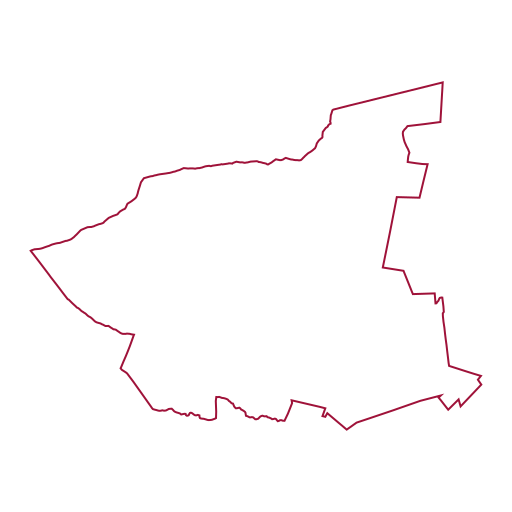 the district of Endebess, Rift Valley, Kenya
{"feature_id": "3690345B22392033475621", "entity_name": "Endebess", "entity_type": "district", "adm_level": 2, "iso_a3": "KEN", "parent_name": "Kenya", "parent_adm1": "Rift Valley", "projection": "albers", "projection_center": [34.736, 1.146], "detail": "fine", "context": "isolated", "style": "outline", "palette": "rose", "viewbox_px": 512, "rotation_deg": 0, "n_neighbors": 0, "source": "geoboundaries", "source_scale": "gbopen_adm2", "svg_char_len": 5917}
<svg xmlns="http://www.w3.org/2000/svg" viewBox="0 0 512 512"><path d="M440.4,122.0L441.8,98.1L442.0,94.6L442.2,91.6L442.7,82.4L438.8,83.4L437.5,83.7L429.1,85.8L349.4,105.5L333.3,109.6L332.4,110.3L331.6,112.9L331.3,113.9L330.8,115.2L330.5,119.1L330.3,120.4L330.1,121.5L330.5,122.4L330.6,123.7L329.4,124.2L328.1,125.5L327.8,126.5L327.0,127.2L325.8,127.9L322.8,131.9L322.4,135.7L322.5,137.0L322.0,137.9L320.9,138.6L318.8,140.5L316.8,143.4L316.0,146.2L315.5,147.3L315.0,148.3L314.1,149.0L313.1,149.9L312.1,150.7L311.1,151.4L310.1,152.1L309.3,152.5L308.0,153.3L304.8,156.2L304.1,157.0L303.3,157.7L302.5,158.6L301.8,159.3L300.8,160.1L299.1,160.4L297.9,160.2L296.5,160.1L295.3,160.1L293.8,159.9L292.7,159.6L291.4,159.5L290.3,159.3L285.8,157.9L284.3,158.6L283.4,159.3L282.5,159.7L281.2,160.1L279.6,160.1L275.9,159.3L272.9,161.4L271.8,162.3L270.6,163.0L269.3,163.7L268.3,164.4L267.3,164.4L266.3,163.7L264.5,163.2L262.9,162.9L261.4,162.4L260.0,162.1L258.7,162.0L257.7,161.4L256.7,161.2L250.7,161.6L249.1,162.0L247.7,162.4L246.6,162.5L245.6,162.7L244.2,162.8L242.8,162.4L241.3,162.3L240.2,162.4L238.6,162.1L236.4,161.7L233.1,162.9L232.3,163.6L231.0,163.4L229.0,163.3L228.0,163.6L224.0,164.2L222.4,164.4L221.4,164.2L220.2,164.6L218.6,164.8L212.4,165.7L211.2,166.1L210.2,166.1L209.2,165.8L206.2,166.2L205.2,166.4L203.4,167.0L202.1,167.5L200.7,167.8L199.5,168.1L198.3,168.1L196.3,168.4L195.1,168.7L193.9,168.5L192.4,168.4L191.3,168.4L189.8,168.4L188.7,168.5L187.7,168.5L186.1,168.3L183.7,168.1L181.0,169.3L179.9,169.9L178.9,170.2L177.8,170.5L176.8,170.8L175.9,171.2L174.7,171.6L173.3,171.8L172.2,172.2L171.1,172.5L169.6,172.9L168.0,173.1L166.9,173.3L165.7,173.5L159.8,174.3L157.8,174.7L156.4,175.1L154.3,175.5L152.6,176.1L151.5,176.2L150.3,176.4L143.9,178.2L141.0,182.2L140.6,183.4L140.1,185.1L139.7,186.4L138.5,190.1L137.9,192.3L137.7,193.4L137.3,194.5L136.9,195.7L136.4,196.8L135.9,197.6L135.2,198.3L134.4,199.0L132.7,200.3L131.8,201.0L130.6,201.8L127.5,203.7L126.8,205.1L126.2,206.6L125.8,207.5L124.8,208.9L123.1,209.6L120.1,211.4L118.5,213.0L117.9,213.9L117.1,214.5L115.7,215.0L114.3,215.5L113.3,215.8L108.7,217.9L104.4,221.6L103.6,222.6L102.8,223.1L101.7,223.5L100.4,223.9L98.9,224.2L95.0,225.7L93.8,226.3L92.6,226.6L91.3,227.0L90.1,227.0L87.5,227.2L81.2,229.9L80.3,230.6L76.5,234.6L75.6,235.4L74.6,236.4L73.6,237.4L72.8,237.9L71.6,238.9L70.5,239.5L69.5,239.9L68.3,240.3L66.9,240.8L65.6,240.9L61.2,242.4L60.1,242.8L59.0,243.0L57.9,243.1L56.7,243.3L55.4,243.6L52.1,244.5L50.7,245.1L49.0,245.9L47.6,246.3L46.7,246.6L44.4,247.4L42.6,248.1L40.8,248.6L39.2,248.9L34.5,249.3L31.6,250.3L30.7,250.8L39.0,261.5L49.0,274.7L50.5,276.8L57.4,285.7L60.6,289.9L62.7,292.7L67.7,299.2L68.7,299.6L69.8,300.7L71.2,302.1L72.2,303.1L74.8,305.5L75.8,306.4L76.8,307.5L78.2,308.1L79.5,309.1L80.8,310.4L81.6,311.1L83.1,312.0L84.2,312.8L85.3,313.4L86.2,314.2L87.2,315.2L88.0,315.9L88.9,316.5L89.8,316.9L90.9,317.6L92.4,318.9L93.9,320.4L95.1,321.5L96.5,322.3L98.1,322.8L99.6,323.2L100.7,323.5L101.5,324.1L102.9,324.6L104.3,325.4L105.4,326.0L107.0,326.0L108.5,325.9L109.6,326.7L110.7,327.5L111.7,328.1L112.6,328.7L113.5,329.3L114.7,329.4L116.0,329.8L117.7,331.1L118.7,331.7L119.6,332.4L120.9,333.2L122.4,333.8L124.1,333.9L125.6,333.9L126.9,333.6L128.0,333.7L129.6,333.8L131.4,334.3L134.0,334.7L133.5,335.9L132.2,339.6L129.7,346.5L127.2,352.8L125.5,356.9L125.0,358.0L124.2,359.9L123.6,361.2L122.2,364.6L121.3,366.8L120.6,368.3L121.8,369.8L125.7,372.3L127.1,373.4L133.4,381.8L138.5,389.0L144.4,397.3L148.0,402.4L151.0,406.6L152.0,408.1L152.9,409.1L154.9,409.7L156.2,410.0L157.2,410.3L158.2,410.6L159.4,410.8L160.9,410.7L162.3,410.3L164.1,410.7L165.9,410.5L167.5,409.7L168.7,409.0L170.1,408.8L171.7,408.7L173.2,410.1L173.8,410.9L174.7,411.6L175.7,412.1L176.8,412.5L177.9,412.8L178.9,413.1L180.0,413.5L181.2,414.5L182.9,414.1L184.4,413.8L185.6,413.9L185.9,415.0L186.7,415.7L187.7,415.7L188.7,415.2L189.3,413.9L189.9,413.0L190.8,412.7L191.8,413.0L192.8,413.7L193.9,414.6L194.9,415.2L196.1,415.4L197.8,414.9L199.4,415.4L199.5,417.0L200.0,418.1L201.0,418.5L202.6,418.7L203.8,418.8L205.1,419.2L206.2,419.5L207.4,419.9L208.6,420.1L210.2,420.0L211.9,419.8L213.5,419.2L214.9,418.7L216.0,418.1L216.2,411.7L215.8,401.0L216.3,397.0L217.8,397.1L219.1,396.9L220.6,397.4L221.9,397.9L223.7,398.1L225.2,398.5L226.6,399.0L227.8,399.6L229.0,401.0L230.1,401.7L230.9,402.6L231.7,403.3L233.0,403.6L234.2,406.5L234.9,407.4L235.9,408.3L237.0,408.2L239.4,407.7L240.3,408.4L241.1,409.5L242.2,410.0L243.7,410.9L245.0,411.9L245.5,412.8L245.6,413.8L246.0,415.8L247.4,416.2L248.4,416.7L249.5,417.3L250.9,417.3L251.9,417.1L253.2,417.4L254.2,418.3L255.2,419.2L256.2,419.3L258.2,418.7L260.1,416.7L261.3,416.0L262.5,415.7L264.1,416.3L265.5,416.3L266.6,416.2L267.5,417.2L269.2,417.6L271.0,418.4L272.1,419.2L273.5,419.0L274.9,418.6L276.1,419.1L276.8,420.1L277.8,421.2L278.9,420.9L280.0,420.2L281.4,420.2L282.8,420.7L284.5,420.8L287.9,413.7L290.5,407.2L292.1,403.1L291.6,400.3L319.5,406.8L325.3,408.3L322.5,416.1L325.3,416.8L327.3,413.2L346.7,429.6L356.6,422.6L368.3,418.7L394.1,410.0L396.6,409.1L420.4,400.8L440.8,395.5L438.6,397.6L441.0,400.5L446.3,407.3L448.2,409.7L458.6,399.4L460.6,406.4L468.4,398.2L481.3,384.6L477.9,379.7L480.9,375.9L474.2,373.9L465.3,371.1L456.6,368.3L449.1,365.9L448.6,362.9L447.9,356.9L447.2,351.1L446.5,345.0L445.7,339.1L445.0,333.4L444.4,327.8L443.5,321.8L442.9,316.2L442.8,313.3L443.8,311.9L443.4,306.4L442.3,297.6L441.3,297.5L439.8,297.9L439.2,298.8L438.8,299.8L438.4,300.8L437.5,301.7L436.4,303.3L435.5,303.4L434.7,293.4L412.9,294.1L411.8,291.5L410.9,289.2L403.5,270.8L382.8,267.5L385.8,252.8L390.0,232.0L396.8,197.1L419.5,197.7L423.3,181.8L427.6,164.2L424.4,164.1L422.2,164.0L415.8,163.2L414.5,163.0L407.7,162.0L407.8,160.6L408.2,156.8L408.6,155.0L409.4,152.7L408.1,149.3L406.4,146.1L404.6,142.0L403.8,139.3L403.0,135.4L402.8,133.4L403.0,131.7L404.5,129.5L405.8,128.3L407.5,126.1L424.4,124.1L440.4,122.0Z" fill="none" stroke="#9f1239" stroke-width="2"/></svg>